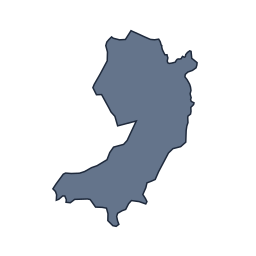 the district of Alindao, Basse-Kotto, Central African Republic, rotated 207°
{"feature_id": "33826404B62938730808524", "entity_name": "Alindao", "entity_type": "district", "adm_level": 2, "iso_a3": "CAF", "parent_name": "Central African Republic", "parent_adm1": "Basse-Kotto", "projection": "mercator", "projection_center": [21.194, 5.183], "detail": "fine", "context": "isolated", "style": "filled", "palette": "slate", "viewbox_px": 256, "rotation_deg": 207, "n_neighbors": 0, "source": "geoboundaries", "source_scale": "gbopen_adm2", "svg_char_len": 1769}
<svg xmlns="http://www.w3.org/2000/svg" viewBox="0 0 256 256"><g transform="rotate(207 128 128)"><path d="M184.0,201.7L185.2,198.0L185.9,195.0L185.2,191.3L180.8,186.4L177.0,178.4L177.3,163.2L177.9,151.5L177.6,148.0L171.2,143.3L166.7,145.8L154.2,137.3L150.3,134.5L145.0,132.5L138.2,125.2L123.8,138.0L123.1,116.5L124.5,111.4L132.2,104.4L133.1,97.9L132.3,90.2L138.5,80.3L142.5,76.1L146.9,69.5L150.7,65.7L157.9,61.7L163.2,59.5L164.7,57.5L166.7,45.4L167.3,39.7L163.8,38.5L161.3,36.1L159.1,31.1L157.3,33.1L155.4,37.8L153.4,38.7L150.4,36.1L149.5,33.7L145.5,35.2L143.1,40.2L131.8,46.4L129.2,47.1L121.0,42.8L114.9,45.6L110.8,46.8L106.9,42.5L103.9,36.3L97.2,34.1L93.9,35.0L92.4,38.0L95.2,40.6L98.0,44.1L98.5,47.3L95.7,51.6L93.1,54.4L93.1,60.8L92.0,64.9L84.6,67.5L77.7,68.4L77.7,71.0L80.5,73.1L84.6,75.5L85.0,82.9L86.2,87.7L82.9,91.4L80.4,94.5L80.9,103.0L80.6,124.1L78.6,130.0L72.6,135.3L70.1,141.6L75.0,152.1L76.5,156.5L77.0,160.0L79.5,164.4L80.0,165.8L78.6,168.8L79.4,171.4L81.4,174.9L80.2,178.7L80.6,180.4L83.7,180.4L85.1,181.7L85.5,183.7L87.0,185.3L88.2,186.7L88.9,190.0L90.9,192.9L93.0,195.0L97.2,197.8L100.5,199.4L101.3,201.8L100.1,205.0L96.7,208.6L94.7,212.5L95.2,215.3L96.1,217.6L100.1,218.5L102.8,219.0L106.6,224.9L108.0,224.8L109.3,222.4L109.9,219.6L109.3,217.6L110.0,216.6L111.3,216.6L111.9,216.6L112.1,215.4L112.1,213.9L113.3,212.9L114.7,212.3L115.4,211.4L115.7,210.1L115.8,208.1L118.5,205.7L120.6,204.2L122.3,204.2L123.5,205.6L124.3,208.6L125.7,210.0L126.5,211.0L128.3,210.0L129.5,210.8L132.3,212.9L133.3,213.8L134.7,215.5L135.3,216.8L136.3,217.1L137.5,218.5L138.6,219.6L141.0,221.1L144.3,218.7L148.3,217.1L155.1,216.7L160.7,216.5L168.5,216.1L169.5,216.1L170.5,205.7L175.6,202.7L181.9,201.3L184.0,201.7Z" fill="#64748b" stroke="#1e293b" stroke-width="1.5"/></g></svg>